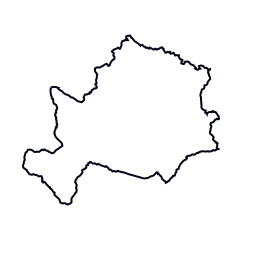 Kengtung, Shan, Myanmar (orthographic projection), rotated 15°
{"feature_id": "60261553B37663404803056", "entity_name": "Kengtung", "entity_type": "district", "adm_level": 2, "iso_a3": "MMR", "parent_name": "Myanmar", "parent_adm1": "Shan", "projection": "orthographic", "projection_center": [99.278, 21.371], "detail": "fine", "context": "isolated", "style": "outline", "palette": "ink", "viewbox_px": 256, "rotation_deg": 15, "n_neighbors": 0, "source": "geoboundaries", "source_scale": "gbopen_adm2", "svg_char_len": 5734}
<svg xmlns="http://www.w3.org/2000/svg" viewBox="0 0 256 256"><g transform="rotate(15 128 128)"><path d="M37.2,193.4L41.0,194.9L42.6,196.6L43.1,196.7L44.6,198.1L47.2,198.1L48.9,197.0L50.8,197.4L51.9,197.1L54.5,197.8L56.7,196.9L57.6,197.6L58.2,199.3L58.6,199.4L58.4,200.6L59.2,201.8L59.2,202.2L59.6,202.6L60.4,202.5L60.5,201.7L61.8,201.8L64.7,204.2L65.7,204.5L66.8,205.4L67.9,205.3L68.2,206.4L69.0,206.8L69.9,206.9L72.4,209.1L73.4,209.2L73.9,209.5L74.0,211.1L74.4,211.7L79.4,214.2L80.4,215.0L82.0,217.6L84.7,217.8L85.6,217.1L86.4,217.0L89.5,217.6L91.7,215.9L92.6,214.7L92.5,213.4L91.7,211.5L92.1,209.4L93.6,205.9L94.0,204.1L94.8,203.1L94.3,200.5L93.3,199.5L93.3,196.5L92.2,195.3L92.0,194.7L91.1,194.3L90.8,192.3L91.8,189.8L91.9,188.7L93.9,186.6L95.3,183.6L95.4,182.7L94.6,180.7L95.7,179.5L96.4,179.2L96.6,178.5L97.2,178.3L97.9,177.3L98.0,176.8L97.4,175.3L98.0,174.3L98.4,174.0L98.9,174.0L98.8,172.1L100.0,171.6L100.1,170.7L101.3,170.6L103.2,171.5L105.3,170.7L107.6,171.4L108.7,170.3L111.3,171.0L116.1,171.4L116.7,171.1L116.7,170.6L117.1,170.6L119.7,172.0L120.5,173.0L121.1,173.1L121.7,172.7L122.9,173.1L123.6,173.4L124.1,174.0L126.1,173.1L127.4,173.3L128.2,173.1L129.2,172.0L132.1,172.3L133.0,172.0L133.9,172.4L134.7,172.0L135.9,172.0L140.1,172.4L156.0,172.6L157.1,172.4L160.3,171.0L162.2,169.1L164.5,167.6L165.4,166.7L166.9,163.6L167.4,163.3L168.3,163.3L168.8,164.7L169.5,164.4L170.2,164.7L171.2,165.7L172.6,166.1L174.3,168.5L175.2,168.8L175.9,169.4L178.0,170.0L178.5,170.3L178.7,171.1L179.6,170.4L180.1,169.5L181.2,168.6L182.3,165.6L182.8,165.1L183.2,164.1L183.7,163.8L184.0,163.0L183.9,162.6L185.5,161.8L185.6,158.8L186.0,158.0L185.7,155.6L187.5,154.2L187.4,152.7L187.8,150.1L188.8,147.8L189.9,145.6L190.9,144.4L191.7,143.9L192.7,142.4L192.8,141.7L191.8,141.3L192.0,140.3L193.4,139.2L195.2,138.7L197.0,136.8L199.2,136.6L201.0,134.3L202.3,134.0L202.8,132.9L203.6,132.8L203.8,132.3L204.3,131.9L207.3,130.8L209.3,130.7L211.2,129.7L212.6,129.8L215.1,128.5L215.5,127.6L216.2,127.2L217.2,127.4L218.1,127.0L218.6,126.2L219.3,125.9L220.6,124.9L219.6,124.7L218.8,124.0L218.7,123.3L218.9,122.5L218.5,121.0L218.0,120.1L218.5,119.8L218.5,119.6L217.8,119.5L217.1,118.9L216.6,119.3L215.8,119.1L215.2,118.2L214.7,118.1L213.1,117.2L213.0,116.4L213.2,114.8L211.3,113.3L209.0,112.3L208.1,110.8L208.3,108.9L207.9,107.4L208.1,106.6L208.1,105.1L207.9,104.4L206.9,103.6L206.6,102.6L206.9,101.6L209.1,100.0L209.6,98.3L210.0,97.6L210.6,97.3L211.4,96.1L213.3,96.1L213.5,95.8L213.4,94.9L211.9,92.7L210.5,91.7L209.0,90.2L208.2,90.3L207.5,89.8L207.0,90.0L206.6,90.4L206.0,90.4L205.7,89.8L205.3,89.7L204.4,91.2L202.7,91.3L200.8,92.9L200.5,93.5L200.6,94.2L199.6,93.3L198.6,93.2L198.6,91.1L198.1,91.0L197.1,91.2L194.3,90.1L193.4,88.6L193.3,87.4L192.6,85.9L192.4,84.9L192.0,84.4L192.0,83.6L191.2,82.1L190.7,79.6L189.7,78.3L189.2,76.6L189.5,74.2L189.3,72.3L189.4,71.8L191.1,70.2L191.3,69.4L190.9,66.9L192.5,66.3L192.8,65.9L193.2,64.8L193.0,63.5L193.9,60.9L194.7,59.5L194.1,57.7L192.7,56.3L191.8,54.4L191.3,54.3L191.0,53.6L190.6,52.0L191.0,51.5L191.5,51.3L192.1,50.2L192.0,49.9L191.0,50.6L190.5,50.6L189.0,50.1L188.4,49.6L186.3,50.0L185.3,49.5L185.0,48.8L182.3,48.7L180.5,49.8L181.3,51.3L182.3,52.0L181.3,52.3L180.7,53.5L179.7,53.8L179.2,53.5L177.4,53.2L177.8,52.2L175.0,50.5L172.1,50.2L169.6,48.5L168.9,48.4L168.0,48.4L167.1,48.9L165.8,49.2L165.5,49.7L165.8,50.6L165.7,51.4L165.1,51.9L163.7,52.0L162.5,51.4L163.0,48.3L162.0,47.9L161.5,48.2L160.2,47.8L159.2,46.5L158.3,45.8L158.4,44.7L155.7,45.1L155.1,45.7L154.6,45.7L152.8,43.7L152.2,43.6L151.8,44.2L150.2,45.2L149.6,45.0L149.0,43.5L148.5,43.6L148.3,44.4L146.2,44.3L145.2,45.6L144.8,45.6L142.3,43.5L142.0,42.4L141.0,42.4L140.7,41.5L140.3,41.4L139.7,41.3L138.0,42.7L137.6,43.4L137.1,43.8L136.1,43.9L135.5,44.8L134.4,44.4L133.5,44.5L133.1,45.4L131.3,45.5L128.2,44.6L127.8,45.9L125.9,45.4L125.5,45.8L124.8,45.5L124.2,45.9L123.1,45.1L122.1,45.2L120.2,44.0L119.0,44.5L118.7,45.3L116.1,43.8L111.9,42.4L108.8,40.1L107.6,39.8L106.3,38.2L103.5,39.1L102.6,39.9L102.6,40.8L103.0,41.1L103.1,41.9L104.4,42.4L105.1,43.2L102.5,43.7L102.2,44.5L101.7,44.9L101.1,44.8L100.0,45.5L99.7,48.1L100.3,49.3L100.3,50.1L99.9,53.4L99.6,53.7L97.9,52.9L97.5,53.0L96.4,54.4L94.4,55.5L94.0,56.5L93.0,57.2L92.7,58.4L94.9,59.4L95.1,61.9L96.4,62.6L96.9,64.1L96.8,65.4L95.7,65.9L94.2,69.5L94.0,72.3L93.0,73.1L91.3,71.7L90.5,71.6L90.2,72.1L88.9,72.9L87.7,74.6L86.1,75.7L85.5,76.7L82.1,77.6L80.6,79.1L81.1,80.4L81.2,81.3L81.8,82.1L83.3,83.2L84.5,84.4L84.4,85.9L84.9,87.7L84.7,89.9L86.1,93.1L85.2,93.7L85.2,94.5L87.2,96.3L87.3,97.4L86.8,98.0L85.1,98.5L84.3,99.9L83.2,100.7L83.2,103.2L82.8,103.4L81.9,103.3L81.6,103.8L81.8,105.0L80.1,105.6L79.7,106.3L77.7,106.9L77.2,110.1L78.2,111.2L78.4,112.3L76.6,115.1L74.3,115.2L71.8,114.9L70.2,114.1L66.4,112.9L64.9,113.1L62.7,112.0L60.7,111.6L58.7,111.6L56.1,110.5L54.9,109.6L53.8,109.4L51.2,108.5L50.6,108.1L50.6,107.2L49.5,107.3L47.7,107.0L46.3,107.6L44.2,107.9L43.6,108.5L43.2,110.2L43.3,111.2L44.0,113.7L45.6,116.9L46.1,117.4L47.0,119.3L48.1,119.4L49.0,121.9L50.0,123.6L52.6,124.3L53.6,125.6L54.6,127.4L54.4,128.6L53.9,129.4L54.7,131.8L53.9,132.9L54.5,133.8L54.4,134.7L55.3,136.0L56.0,136.3L56.0,137.7L57.0,139.2L57.8,141.9L58.5,142.5L58.8,143.1L58.9,143.8L58.3,144.6L58.4,145.4L59.0,146.0L58.1,146.8L58.3,149.0L57.9,150.8L58.1,151.7L58.7,152.2L58.8,153.3L60.6,155.4L62.8,156.9L67.4,159.3L68.7,161.0L69.2,162.3L63.8,168.6L63.0,170.8L61.4,172.0L57.9,171.5L56.6,170.9L54.6,170.9L53.1,170.3L52.6,170.4L51.8,171.4L50.5,171.1L48.4,174.0L45.6,174.6L44.7,175.2L43.6,175.3L41.6,174.4L39.6,174.1L37.1,174.8L36.6,175.5L36.7,176.3L36.4,177.3L36.0,177.5L35.5,178.4L35.4,182.2L35.6,183.6L36.4,185.1L36.5,186.4L36.1,187.3L36.5,188.9L36.3,190.3L36.6,192.5L37.2,193.4Z" fill="none" stroke="#020617" stroke-width="2"/></g></svg>